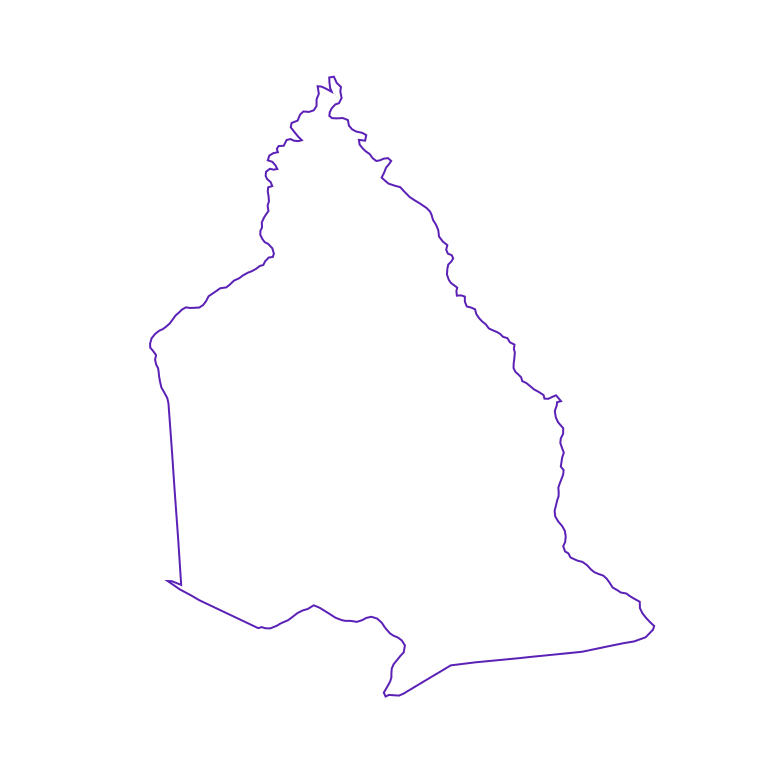 the district of Nortelândia, Mato Grosso, Brazil, rotated 173°
{"feature_id": "56859067B4738325459726", "entity_name": "Nortelândia", "entity_type": "district", "adm_level": 2, "iso_a3": "BRA", "parent_name": "Brazil", "parent_adm1": "Mato Grosso", "projection": "albers", "projection_center": [-56.739, -14.389], "detail": "fine", "context": "isolated", "style": "outline", "palette": "violet", "viewbox_px": 768, "rotation_deg": 173, "n_neighbors": 0, "source": "geoboundaries", "source_scale": "gbopen_adm2", "svg_char_len": 4167}
<svg xmlns="http://www.w3.org/2000/svg" viewBox="0 0 768 768"><g transform="rotate(173 384 384)"><path d="M600.3,391.0L602.7,342.0L602.9,338.4L604.6,307.3L607.2,255.0L609.8,209.3L618.7,214.2L622.7,214.8L611.4,204.8L601.4,197.8L593.5,191.8L538.6,157.0L535.0,157.6L531.5,156.0L526.6,155.3L519.6,157.2L515.9,158.9L512.3,160.0L508.1,161.2L504.5,163.2L497.8,167.2L492.5,169.1L487.1,170.0L480.7,172.9L475.5,170.0L470.7,166.2L466.5,162.8L460.6,157.9L454.5,154.7L451.2,153.6L445.7,152.9L439.9,151.2L434.3,152.3L430.1,154.0L424.9,154.5L419.4,152.0L415.2,147.2L413.0,142.6L408.7,136.0L405.5,133.2L401.0,130.6L397.6,127.3L395.1,122.0L397.1,115.3L401.0,112.0L404.8,108.3L408.6,104.7L411.0,100.6L412.0,95.4L412.4,91.9L414.1,88.1L417.0,84.0L421.8,77.7L420.5,73.6L417.0,74.8L407.0,72.9L401.8,74.5L398.6,76.0L381.5,83.6L352.0,96.6L327.1,96.6L282.8,95.4L274.1,95.3L220.1,94.1L195.1,96.2L177.1,97.6L167.3,98.0L155.2,100.7L146.9,107.4L145.3,110.9L149.2,115.5L152.5,120.1L155.4,124.8L157.3,130.3L156.7,136.7L162.5,140.9L166.4,144.0L168.9,146.5L174.4,148.2L177.4,150.8L181.9,154.2L184.3,159.3L186.7,163.6L189.6,167.0L194.0,169.2L198.2,171.6L201.1,174.6L204.6,179.5L208.8,183.3L213.3,185.0L216.5,186.9L220.0,189.1L221.7,193.5L224.7,195.7L225.9,201.2L223.5,204.9L222.2,210.6L222.4,216.1L224.5,221.3L227.9,226.4L230.2,231.7L230.1,237.4L228.1,242.5L226.3,247.4L224.4,251.3L223.8,255.3L223.6,259.9L221.4,264.4L219.1,268.7L217.2,272.3L216.2,276.6L218.6,280.5L217.3,285.1L216.2,289.1L213.9,294.0L215.0,298.4L216.2,303.8L215.2,308.3L212.3,312.7L211.5,318.3L213.9,321.8L215.9,324.9L217.5,329.7L217.8,336.3L215.3,341.3L214.4,344.8L210.4,345.4L214.6,351.8L218.8,350.6L222.6,349.3L226.5,349.9L227.0,353.6L231.2,357.1L235.8,360.4L239.1,364.0L242.6,367.6L246.4,370.0L247.1,374.0L249.8,377.4L252.1,380.1L253.5,384.0L252.8,388.4L251.3,394.5L250.3,399.3L250.8,402.9L249.7,407.2L254.0,410.1L255.9,414.4L260.2,416.4L262.7,419.7L266.0,422.1L269.4,424.0L273.1,426.3L275.7,430.8L279.0,434.2L281.5,437.6L283.8,442.0L284.5,447.0L288.1,449.2L292.4,450.9L293.7,455.9L293.1,460.9L296.7,462.6L300.9,462.8L300.8,467.5L299.6,470.8L302.8,473.8L305.3,476.2L307.0,479.6L308.2,485.0L307.1,490.5L305.7,494.7L302.2,497.4L300.0,500.3L301.1,503.6L304.8,505.7L305.9,509.8L304.2,514.1L308.2,518.1L311.4,523.6L311.4,530.2L313.0,535.8L315.4,541.0L316.2,546.2L317.2,549.4L320.3,553.5L323.6,556.4L327.1,559.4L330.6,562.1L335.7,566.4L338.8,570.5L341.1,573.4L343.9,577.4L348.9,579.4L355.0,582.3L358.2,585.7L361.2,589.1L358.1,593.8L355.6,598.5L352.5,601.3L349.7,604.5L352.5,607.7L356.9,607.7L360.7,606.5L364.5,606.3L367.8,609.6L370.2,614.0L373.7,617.1L376.4,620.4L379.0,624.5L379.2,629.4L373.1,627.8L371.3,633.2L375.1,636.0L380.7,637.9L384.6,640.6L387.3,644.7L387.7,650.4L392.5,653.0L398.5,653.4L403.2,654.2L405.6,656.8L404.7,660.4L402.3,664.0L398.3,667.4L394.5,668.2L391.2,673.0L391.7,679.8L390.5,684.1L394.2,688.5L396.3,695.1L401.0,694.9L401.4,689.9L401.4,684.3L400.3,680.4L405.6,684.2L409.8,686.8L413.6,687.6L413.3,680.0L416.2,674.9L417.1,668.1L420.4,664.2L425.3,663.2L430.8,664.3L434.4,661.7L437.6,656.0L443.9,654.3L445.3,650.2L442.3,645.2L439.2,640.2L435.9,636.0L439.4,635.5L443.9,636.5L446.9,638.5L450.9,638.1L454.5,632.7L459.6,633.0L461.7,630.4L461.1,627.0L465.8,626.6L470.0,624.7L472.1,620.2L467.7,618.1L465.1,614.2L463.7,610.4L467.5,610.2L471.0,611.5L475.2,609.1L476.1,605.0L475.0,601.6L471.9,598.2L470.8,594.1L475.0,593.3L475.9,589.3L475.7,584.4L475.9,579.5L477.8,575.1L477.6,569.8L482.4,564.4L485.6,559.3L486.0,554.2L488.0,551.1L488.6,547.2L487.3,543.2L485.2,539.4L481.9,537.2L478.3,532.3L477.4,526.8L478.9,523.6L482.9,523.6L487.1,520.2L489.3,516.8L492.9,516.3L497.1,513.8L501.7,512.0L505.5,511.1L510.9,508.9L514.9,506.6L520.3,504.9L525.3,501.2L528.8,499.1L534.8,499.0L539.0,496.8L542.6,494.9L547.4,492.5L550.5,487.9L553.9,484.4L558.0,482.4L562.3,482.7L567.2,483.1L571.3,484.2L575.6,482.4L578.8,479.9L582.3,477.6L585.5,474.2L589.4,470.1L593.7,467.2L596.9,465.4L600.4,464.4L605.1,461.6L609.1,457.7L611.2,452.7L611.6,448.6L609.6,445.6L606.7,440.5L608.3,435.9L607.7,430.9L606.3,427.1L606.2,423.3L606.3,418.9L606.0,413.5L605.4,407.7L603.0,402.0L600.8,396.4L600.3,391.0Z" fill="none" stroke="#5b21b6" stroke-width="2"/></g></svg>